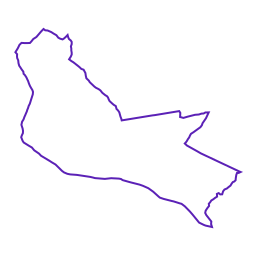 the district of Pão de Açúcar, Alagoas, Brazil
{"feature_id": "56859067B78615369574980", "entity_name": "Pão de Açúcar", "entity_type": "district", "adm_level": 2, "iso_a3": "BRA", "parent_name": "Brazil", "parent_adm1": "Alagoas", "projection": "robinson", "projection_center": [-37.484, -9.662], "detail": "fine", "context": "isolated", "style": "outline", "palette": "violet", "viewbox_px": 256, "rotation_deg": 0, "n_neighbors": 0, "source": "geoboundaries", "source_scale": "gbopen_adm2", "svg_char_len": 2485}
<svg xmlns="http://www.w3.org/2000/svg" viewBox="0 0 256 256"><path d="M240.6,172.0L238.7,171.2L200.9,153.4L197.1,151.2L186.9,145.5L184.8,143.5L186.0,142.2L187.0,140.8L187.8,139.3L189.2,137.4L190.0,135.5L191.0,133.8L193.5,132.2L195.4,130.8L200.4,127.2L201.9,125.2L202.5,123.3L206.0,118.2L208.7,112.4L205.3,112.5L203.6,113.5L201.5,113.6L198.9,114.5L195.0,114.8L187.5,116.7L183.4,117.9L180.1,117.0L180.3,112.9L179.2,111.1L154.9,115.1L152.4,115.4L121.7,120.4L121.3,118.7L120.5,116.7L119.3,112.3L118.0,110.4L116.5,108.9L115.8,106.1L113.7,104.8L112.2,103.5L109.6,101.1L108.8,99.6L108.0,97.5L107.0,96.2L105.3,95.2L102.3,92.8L100.4,90.4L98.6,89.1L96.0,87.8L94.4,86.6L92.2,84.5L90.8,83.2L89.7,82.1L88.8,80.6L86.4,78.3L85.8,75.8L85.4,73.0L83.6,69.7L81.3,68.9L79.9,67.5L78.6,66.4L73.4,62.3L71.3,61.0L69.1,59.3L70.8,56.6L71.7,54.5L71.7,52.7L71.3,50.4L71.3,48.5L70.9,46.4L71.7,44.1L71.7,41.9L70.8,40.5L69.0,39.0L68.2,37.3L67.6,35.0L65.9,36.8L64.0,38.5L62.6,39.4L60.2,38.7L58.3,37.7L56.4,35.2L53.6,33.6L51.3,32.1L47.6,30.5L45.2,30.3L43.5,29.0L41.2,31.4L36.4,37.0L33.3,39.0L31.3,41.5L29.9,43.0L25.2,43.1L21.5,42.9L19.5,44.8L17.8,48.3L15.4,52.2L17.1,54.2L17.0,56.3L17.2,58.1L18.2,60.3L18.5,63.2L19.2,65.7L20.3,67.3L21.7,69.5L23.3,71.6L23.6,73.8L24.9,75.1L26.4,77.4L27.3,79.4L28.1,81.0L28.9,83.4L29.9,85.8L31.0,87.8L32.4,90.1L33.0,91.9L32.8,94.3L32.0,96.8L31.1,99.6L30.4,101.9L29.8,103.8L28.7,105.9L28.0,108.2L27.3,109.8L26.8,111.5L26.0,113.3L25.3,115.0L24.4,117.0L23.5,119.5L22.1,121.7L21.4,124.8L22.0,126.7L22.6,128.5L23.0,130.8L22.9,133.1L21.8,135.5L21.2,137.2L22.6,140.8L23.7,142.5L28.8,145.7L31.9,147.5L34.2,150.3L39.0,153.6L41.1,155.8L50.1,161.2L51.6,162.2L55.5,164.5L61.9,170.8L64.0,172.4L67.3,173.8L70.2,174.4L76.9,174.9L90.2,176.9L92.8,177.5L95.0,178.1L104.8,178.9L111.2,178.2L118.9,178.6L121.0,179.0L122.6,180.1L128.6,181.8L131.2,182.5L139.5,184.6L142.9,185.8L148.3,188.2L153.2,191.7L158.4,196.4L159.8,197.6L163.6,198.9L171.8,201.0L173.6,201.4L177.1,202.5L179.9,203.4L181.5,203.8L184.8,206.3L189.8,211.4L192.5,214.5L199.1,222.6L203.8,224.9L205.6,225.6L212.0,227.0L211.1,224.1L211.3,221.5L206.3,215.1L205.2,212.9L205.7,210.6L207.5,207.9L209.1,205.9L208.8,203.8L210.1,202.3L211.3,200.5L213.4,199.2L214.9,198.0L217.1,196.6L216.9,193.9L218.7,193.1L220.2,194.4L222.2,194.3L223.1,191.3L224.5,189.5L226.9,188.5L228.4,187.2L230.5,185.6L231.6,183.7L232.8,182.1L234.3,181.5L235.6,180.2L235.8,178.0L236.3,174.9L237.0,173.0L238.7,172.9L240.6,172.0Z" fill="none" stroke="#5b21b6" stroke-width="2"/></svg>